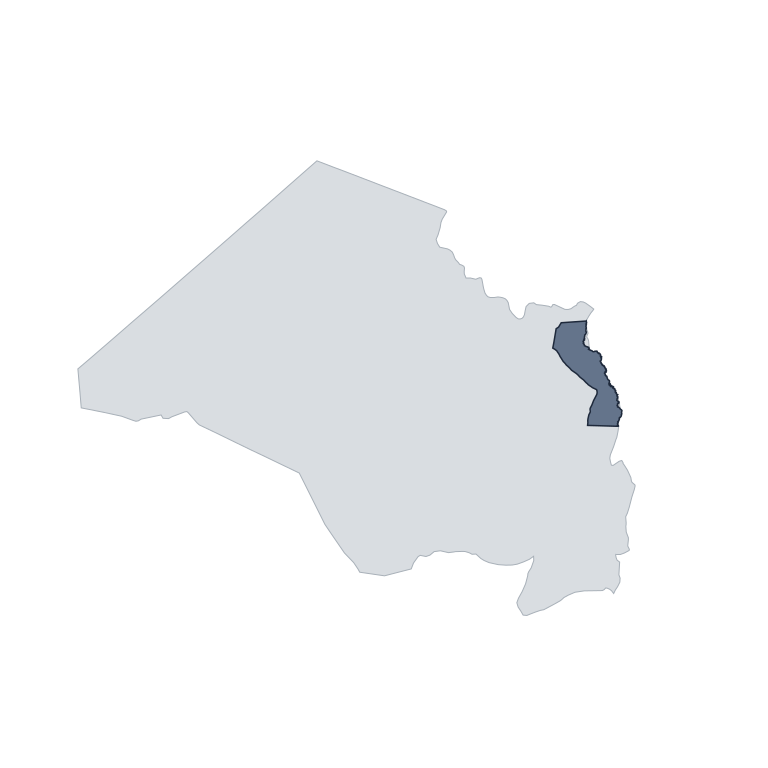 Haraze-Mangueigne, Salamat, Chad shown in context, rotated 291°
{"feature_id": "50815135B51440340925469", "entity_name": "Haraze-Mangueigne", "entity_type": "district", "adm_level": 2, "iso_a3": "TCD", "parent_name": "Chad", "parent_adm1": "Salamat", "projection": "mercator", "projection_center": [21.205, 10.401], "detail": "fine", "context": "in_parent", "style": "filled", "palette": "slate", "viewbox_px": 768, "rotation_deg": 291, "n_neighbors": 0, "source": "geoboundaries", "source_scale": "gbopen_adm2", "svg_char_len": 9170}
<svg xmlns="http://www.w3.org/2000/svg" viewBox="0 0 768 768"><g transform="rotate(291 384 384)"><path d="M568.3,241.4L568.3,258.0L568.4,274.5L568.4,290.9L568.4,307.4L568.4,323.7L568.4,340.1L568.4,356.4L568.4,372.6L568.4,378.0L568.0,380.1L567.8,380.4L567.1,380.8L558.8,379.3L555.2,379.3L550.0,380.4L542.5,381.0L537.7,380.8L534.3,383.6L531.7,387.0L532.9,395.0L532.6,397.7L531.6,400.5L529.4,402.8L527.1,404.7L525.7,406.4L524.0,410.0L522.8,411.7L522.9,414.0L522.5,416.4L521.1,417.6L517.6,418.6L515.4,419.6L513.6,421.4L512.3,422.6L513.0,424.3L513.9,426.6L514.4,430.2L514.7,432.2L516.4,433.9L517.5,435.2L517.8,436.7L516.8,437.9L512.6,440.5L510.9,441.5L508.9,442.8L508.2,443.3L505.1,445.7L503.5,447.9L502.7,449.7L502.8,452.2L504.3,456.0L506.1,459.2L506.7,461.6L507.1,464.2L507.0,466.7L506.1,468.8L504.5,470.8L498.6,474.5L495.8,478.5L493.5,483.4L492.9,486.0L493.5,487.8L494.7,489.3L496.5,490.1L499.0,490.3L503.2,489.5L507.2,488.9L511.3,490.7L513.5,494.8L512.7,497.8L514.2,503.2L515.6,509.8L515.5,512.0L516.1,512.8L518.7,513.2L519.3,514.7L518.5,526.2L519.7,529.4L521.4,531.7L523.4,532.9L525.4,534.4L526.4,535.5L528.7,535.7L531.3,537.8L532.0,540.6L531.8,543.3L530.3,549.1L529.1,553.0L527.6,552.7L524.6,551.7L520.8,550.9L516.3,550.2L511.9,551.8L507.3,553.9L505.8,555.4L504.5,556.3L502.4,556.2L500.5,556.4L499.5,557.9L497.8,559.5L491.0,562.8L489.6,564.1L488.7,565.3L488.7,566.6L489.4,569.3L489.4,572.7L487.9,575.4L486.1,577.2L484.1,577.9L482.5,578.3L481.4,579.5L477.8,585.7L476.3,586.8L473.2,586.6L464.3,595.9L463.4,598.6L460.2,602.5L456.0,606.8L452.4,608.9L452.1,609.7L451.1,610.5L448.8,611.5L440.9,616.7L431.5,616.5L427.3,618.6L423.3,619.5L417.4,620.5L415.6,620.4L408.0,620.8L399.0,620.7L395.6,621.4L392.4,623.4L390.0,625.1L389.7,625.7L390.0,626.4L390.0,627.0L396.2,631.3L397.8,633.4L396.2,635.4L395.4,635.7L395.3,635.9L394.3,637.5L390.7,642.3L385.1,648.0L382.3,649.6L381.1,650.7L379.7,654.5L378.7,655.0L374.9,655.5L367.3,655.9L356.8,657.1L350.6,657.5L346.7,657.2L341.2,659.8L339.2,660.5L338.0,660.7L332.6,663.2L328.1,667.2L326.4,667.9L320.1,669.6L317.6,672.3L316.4,672.5L312.3,668.9L309.5,665.7L308.2,662.4L308.0,661.4L307.2,661.6L305.0,663.0L303.1,664.7L302.2,667.8L295.6,669.9L290.0,671.7L287.4,674.0L283.5,675.2L278.5,674.7L274.5,673.8L270.7,673.5L272.5,670.6L273.2,668.5L273.4,665.9L273.1,664.1L270.9,663.2L269.4,661.9L266.1,653.7L262.7,645.2L258.0,636.9L252.8,631.6L249.0,628.4L247.8,627.9L245.9,626.9L244.5,626.0L237.7,620.3L230.5,614.0L228.7,611.1L225.1,606.8L221.1,602.4L219.1,600.3L218.1,596.7L220.8,593.4L223.8,589.2L227.4,586.4L232.1,586.3L239.8,587.4L248.1,587.8L256.4,586.9L258.5,586.3L260.7,586.4L265.1,587.3L272.8,587.1L276.8,585.4L272.5,582.6L267.9,578.0L263.6,573.0L260.9,568.5L258.5,562.6L256.3,555.4L254.9,546.1L255.1,540.7L255.8,537.0L258.2,530.8L256.6,527.2L257.0,524.2L256.7,519.9L256.0,517.7L253.0,510.5L252.4,509.7L249.7,504.7L248.5,496.4L245.5,490.9L240.7,488.2L238.0,485.0L237.0,479.2L235.1,477.7L227.5,475.7L221.1,475.7L216.5,469.2L210.6,460.9L205.1,453.2L201.6,437.7L199.6,428.8L201.9,426.1L206.4,419.7L212.1,407.6L225.1,388.7L231.8,379.1L245.0,364.7L261.3,346.9L270.5,336.8L272.0,318.5L273.6,299.1L274.7,284.4L276.2,266.9L277.5,252.2L278.4,241.5L279.6,226.3L280.7,223.4L287.1,211.4L287.6,209.8L286.4,207.8L277.3,197.6L274.5,195.3L272.8,190.0L275.2,187.0L264.2,169.9L261.5,167.8L260.3,165.7L260.1,162.6L259.9,150.6L257.0,131.9L253.2,109.9L266.1,103.7L275.9,98.9L288.4,92.8L299.9,99.1L316.7,108.1L333.5,117.1L350.3,126.0L367.0,135.0L383.8,144.0L400.6,152.9L417.4,161.8L434.1,170.7L450.9,179.6L467.7,188.5L484.5,197.3L501.2,206.2L518.0,215.0L534.8,223.8L551.6,232.6L568.3,241.4Z" fill="#d9dde1" stroke="#a8b0b8" stroke-width="1"/><path d="M428.5,617.7L428.9,617.1L429.2,617.6L429.3,617.5L429.4,617.3L429.3,616.8L429.6,616.7L430.0,616.7L430.6,616.2L430.8,616.2L431.0,616.2L431.5,616.5L431.8,616.5L432.0,616.3L432.2,615.9L432.5,615.7L432.8,615.8L432.9,616.1L433.1,616.2L433.5,616.3L433.8,616.3L434.1,616.2L434.3,616.3L435.3,616.3L435.7,616.3L436.2,615.9L436.7,615.8L437.0,616.0L437.3,616.0L437.6,616.5L438.2,616.8L438.5,616.9L439.6,616.9L440.3,616.8L440.6,616.5L440.8,616.5L441.1,616.7L441.3,616.7L442.2,616.3L442.5,616.0L442.7,615.9L443.3,615.8L444.2,615.8L444.5,615.6L444.9,615.1L445.4,613.4L445.9,612.7L446.4,611.6L446.4,611.3L446.2,610.9L446.2,610.7L446.3,610.4L446.8,610.5L447.1,610.4L447.3,610.3L447.4,610.1L447.4,609.9L447.3,609.4L447.5,609.3L447.9,609.4L448.0,609.4L448.6,609.5L448.8,609.5L449.0,609.4L449.1,609.1L449.3,609.1L449.6,609.4L449.8,609.5L450.0,609.9L450.1,610.0L451.3,609.9L451.3,609.6L451.0,609.6L450.8,609.4L450.9,609.2L451.0,609.1L451.4,609.2L451.6,609.1L451.7,608.9L451.8,608.2L452.2,607.2L452.3,607.1L453.2,607.1L453.7,607.2L453.9,606.9L454.1,607.0L454.5,607.2L454.9,607.0L455.1,607.0L455.6,607.0L455.9,606.8L455.9,606.5L455.8,606.2L456.3,606.0L456.7,605.6L456.9,605.5L457.1,605.5L457.6,606.0L457.9,606.0L457.9,605.6L457.8,605.2L457.9,604.8L458.4,604.2L458.5,604.0L458.9,604.1L459.2,604.0L459.3,603.9L459.2,603.5L459.4,603.2L459.6,603.1L459.7,602.9L459.6,602.7L460.3,602.6L460.7,602.5L461.0,602.6L461.2,602.3L461.1,602.0L461.2,601.9L461.3,601.6L461.3,601.2L461.6,600.9L461.8,601.0L462.0,601.2L462.3,601.1L462.4,600.8L462.4,600.4L462.2,599.4L462.3,599.4L462.6,599.2L463.2,599.3L463.6,599.2L463.5,598.7L463.0,598.7L462.9,598.6L462.8,598.4L463.1,598.2L463.4,598.4L463.6,598.4L463.8,598.3L463.8,598.1L463.5,597.9L463.3,597.8L463.3,597.6L463.8,597.1L463.9,596.9L463.8,596.7L463.5,596.6L463.1,596.5L462.9,596.5L462.8,596.3L462.9,596.2L463.0,596.2L463.3,596.3L464.0,596.3L464.1,596.2L464.0,595.8L463.7,595.4L463.7,595.1L463.8,594.7L464.3,595.2L464.7,595.4L465.0,595.4L465.2,595.2L465.3,595.0L465.3,594.9L464.8,594.3L464.8,594.1L464.9,593.9L465.0,593.8L465.4,593.7L465.7,593.8L466.0,594.0L466.6,593.6L467.0,593.7L467.7,593.4L468.0,593.1L468.1,592.8L468.1,592.4L468.1,592.2L468.3,591.7L468.6,591.1L469.3,590.5L470.2,589.8L470.4,589.6L470.6,589.6L470.9,589.4L471.1,589.2L471.0,588.3L471.1,588.2L471.4,588.0L471.4,587.8L471.4,587.6L471.5,587.4L472.2,587.2L472.5,586.9L472.7,586.6L472.8,586.2L473.2,585.9L473.9,586.2L474.1,586.5L474.3,586.7L474.4,586.9L474.5,586.8L474.6,586.7L474.8,586.1L475.1,586.2L475.2,586.7L475.3,586.8L475.5,586.7L475.8,587.0L476.1,586.9L476.4,586.8L476.6,586.3L476.7,586.1L476.9,586.3L477.0,586.3L477.2,586.2L477.5,586.0L477.8,585.7L477.8,585.3L478.1,585.1L478.1,584.5L478.3,584.3L478.5,584.0L478.7,583.9L479.0,584.0L479.1,583.8L479.3,583.6L479.3,583.1L479.4,582.8L479.6,582.8L479.9,582.8L479.9,582.6L479.8,582.2L479.9,581.9L479.7,581.5L479.7,581.3L479.9,581.2L480.2,581.2L480.4,580.9L480.5,580.6L480.5,580.4L480.4,580.3L480.8,579.9L481.0,579.9L481.2,579.6L481.3,579.1L481.6,579.1L481.8,579.0L482.3,578.1L482.8,577.6L483.0,577.6L483.4,578.1L483.6,578.2L484.3,578.1L484.6,578.2L485.4,578.0L485.8,577.5L486.0,577.5L486.3,577.7L486.7,577.4L487.4,577.5L487.5,577.4L487.4,576.9L487.2,576.8L487.1,576.7L487.6,576.5L487.9,576.3L487.6,576.1L487.7,575.8L487.9,575.8L488.3,575.9L488.7,575.9L488.8,575.8L489.2,575.2L489.3,575.1L489.5,575.0L489.5,574.7L489.8,574.3L489.5,574.0L489.3,573.5L489.3,573.4L489.5,573.0L489.9,573.1L489.9,572.7L490.0,572.1L490.8,571.3L491.0,571.1L491.0,570.9L490.5,570.8L490.4,570.5L490.5,570.1L490.5,569.9L490.3,569.6L490.3,569.4L490.3,569.2L489.6,568.7L489.2,567.9L489.1,567.6L489.2,566.9L489.5,566.5L489.6,566.0L489.6,565.7L489.5,565.2L489.4,564.5L489.7,564.0L489.6,563.3L489.7,562.4L489.8,562.4L490.2,562.7L490.3,562.8L490.5,562.9L490.7,562.7L490.9,562.5L491.3,562.3L491.4,562.1L491.6,561.9L491.5,561.6L491.6,561.0L491.4,560.7L491.5,560.5L491.6,560.3L491.5,560.0L491.6,559.7L491.4,559.0L491.5,558.6L491.7,558.1L491.6,557.7L491.6,557.4L492.1,557.2L492.3,556.9L492.5,556.9L492.7,556.4L493.1,555.8L493.4,555.9L493.5,555.5L494.0,555.6L494.3,555.6L494.8,554.7L495.0,554.7L495.5,555.0L495.8,554.9L495.9,554.7L496.2,554.7L496.4,555.1L496.7,555.3L496.9,555.4L497.0,555.3L496.9,554.8L497.0,554.8L497.2,555.1L497.3,555.2L497.6,555.2L497.7,554.7L498.0,554.8L498.2,555.0L498.4,555.0L498.6,554.6L499.1,554.6L499.6,554.2L500.0,554.2L500.3,554.3L500.4,554.2L500.7,554.1L501.1,554.1L501.6,553.8L501.8,553.9L502.4,554.3L502.7,554.4L502.9,554.4L503.1,554.3L504.3,554.5L504.5,554.4L505.1,554.3L505.4,553.7L505.8,553.4L506.8,553.2L507.3,553.1L507.6,552.8L507.8,552.7L508.3,552.9L508.9,552.6L509.1,552.6L509.4,552.4L509.9,552.1L510.3,551.7L511.5,551.7L512.0,551.6L512.2,551.2L512.4,551.5L513.1,551.2L513.5,551.1L513.8,551.2L514.1,551.0L514.2,550.8L514.5,550.5L515.0,550.5L515.4,550.2L515.2,550.1L504.7,527.5L499.7,526.6L497.3,524.9L483.6,527.7L478.0,528.7L477.6,531.1L476.9,533.4L475.9,534.7L475.0,536.1L473.9,537.4L472.9,538.4L471.2,540.7L469.9,542.4L469.2,543.3L468.8,544.3L468.0,545.9L467.0,547.5L466.5,549.0L465.3,551.9L464.1,554.1L462.7,559.8L462.0,561.7L460.7,564.3L459.8,567.1L459.4,568.7L458.3,570.9L457.5,572.6L457.2,573.7L456.6,574.7L456.1,576.6L455.8,578.2L455.3,579.9L455.1,582.5L454.9,584.5L453.9,585.3L452.3,586.1L450.6,586.4L447.0,586.0L443.6,585.6L442.5,585.6L439.0,585.6L435.2,585.2L433.8,585.6L432.8,586.2L431.8,586.6L428.6,586.3L424.6,586.9L422.7,587.4L421.0,588.2L419.4,588.6L418.3,588.9L421.7,598.5L426.3,611.7L428.3,617.4L428.5,617.7Z" fill="#64748b" stroke="#1e293b" stroke-width="1.5"/></g></svg>